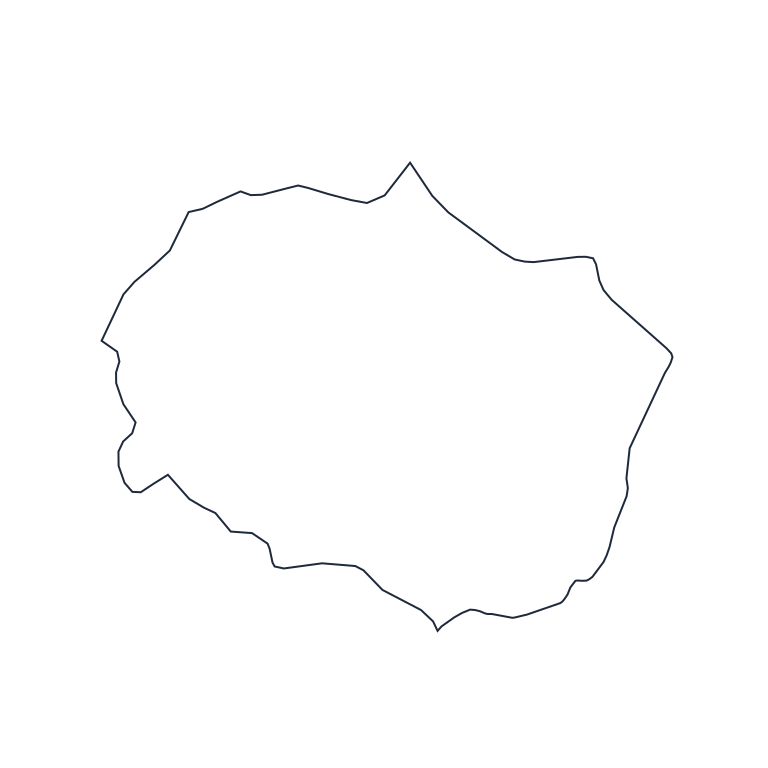 the border of Kaffrine, rotated 25°
{"feature_id": "SEN-5516", "entity_name": "Kaffrine", "entity_type": "Region", "adm_level": 1, "iso_a3": "SEN", "parent_name": "Senegal", "parent_adm1": "", "projection": "albers", "projection_center": [-15.14, 14.22], "detail": "fine", "context": "isolated", "style": "outline", "palette": "slate", "viewbox_px": 768, "rotation_deg": 25, "n_neighbors": 0, "source": "natural_earth", "source_scale": "10m", "svg_char_len": 1413}
<svg xmlns="http://www.w3.org/2000/svg" viewBox="0 0 768 768"><g transform="rotate(25 384 384)"><path d="M536.9,585.1L528.8,578.4L513.1,573.2L469.7,571.3L444.1,561.5L434.9,561.1L403.6,572.7L371.2,593.5L362.0,595.6L358.4,592.9L350.0,581.7L346.0,577.9L327.4,574.9L307.5,582.5L285.7,572.2L273.2,572.2L256.1,570.5L226.5,557.6L217.1,572.1L209.3,584.9L201.5,588.1L190.6,583.2L178.1,570.4L171.9,557.5L171.9,546.3L176.6,535.0L175.1,523.8L156.4,512.5L140.9,496.4L136.3,486.8L134.7,475.5L128.5,467.5L109.8,464.2L109.9,441.7L110.0,412.8L114.7,396.8L125.7,372.8L133.5,353.5L134.3,310.7L145.6,301.9L155.6,289.6L172.6,270.1L183.5,269.1L193.5,264.0L213.4,247.6L222.3,240.4L232.3,238.4L253.2,235.4L276.1,231.3L292.0,227.2L304.9,212.8L314.1,172.4L348.3,193.1L369.8,201.3L435.2,214.5L449.8,215.9L459.8,213.6L468.1,210.3L505.9,186.9L513.2,183.4L520.3,181.7L525.6,185.9L535.4,199.2L543.3,206.1L554.8,211.5L624.5,232.1L631.3,234.8L634.1,237.7L634.8,243.3L634.7,248.3L633.9,255.1L633.8,338.4L643.6,367.1L649.0,375.3L651.3,383.1L653.3,416.7L657.3,436.4L658.2,445.0L658.2,452.5L654.4,470.7L652.6,474.1L650.8,476.5L646.8,478.6L642.9,480.1L641.2,481.0L640.6,481.7L638.9,489.6L639.3,497.4L638.4,502.8L637.5,506.1L636.3,508.1L611.1,532.5L600.9,540.6L599.0,541.7L579.2,546.8L575.0,548.7L572.5,549.2L566.9,549.4L561.9,550.4L557.4,552.1L551.5,558.5L546.4,565.7L538.6,579.3L536.9,585.1Z" fill="none" stroke="#1e293b" stroke-width="2"/></g></svg>